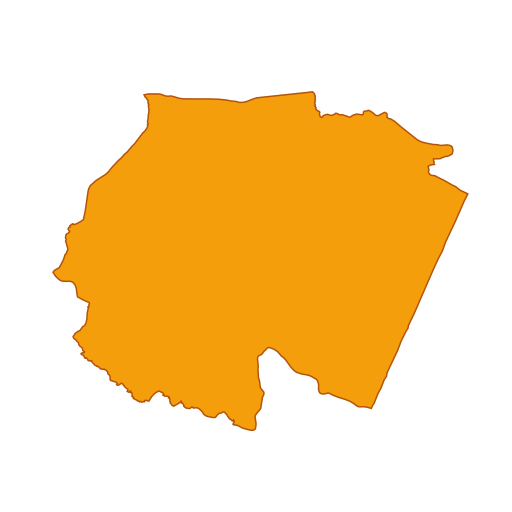 outline of Koulpelogo, Koulpélogo, Burkina Faso, rotated 281°
{"feature_id": "67063806B92956545078683", "entity_name": "Koulpelogo", "entity_type": "district", "adm_level": 2, "iso_a3": "BFA", "parent_name": "Burkina Faso", "parent_adm1": "Koulpélogo", "projection": "natural_earth1", "projection_center": [0.149, 11.415], "detail": "fine", "context": "isolated", "style": "filled", "palette": "amber", "viewbox_px": 512, "rotation_deg": 281, "n_neighbors": 0, "source": "geoboundaries", "source_scale": "gbopen_adm2", "svg_char_len": 5997}
<svg xmlns="http://www.w3.org/2000/svg" viewBox="0 0 512 512"><g transform="rotate(281 256 256)"><path d="M181.8,88.7L179.8,95.1L178.5,100.8L177.9,101.5L175.9,101.3L174.0,101.5L174.0,100.8L172.5,101.3L168.2,101.2L162.0,102.0L157.6,101.9L154.7,100.8L153.4,99.3L149.1,97.3L147.8,95.2L146.8,94.7L146.2,93.8L145.2,93.1L143.1,92.4L142.2,91.8L141.1,92.3L140.0,93.3L139.4,95.2L139.0,95.4L138.1,96.5L137.1,98.1L135.2,99.0L134.1,100.0L132.6,103.0L130.1,104.1L129.8,104.6L129.6,105.5L129.2,106.1L128.6,105.9L127.9,104.7L127.8,104.0L126.9,102.9L126.4,103.0L125.7,104.4L125.8,105.2L125.5,105.6L123.2,107.5L123.0,107.9L123.7,108.5L122.9,109.9L122.3,110.6L121.5,111.0L121.3,111.4L121.4,111.9L121.3,113.2L121.8,114.0L121.8,114.6L121.2,114.5L117.9,118.9L117.8,120.5L117.4,120.8L117.6,121.8L117.1,122.2L117.1,122.8L116.4,123.5L116.3,124.0L115.7,124.6L115.4,125.4L115.7,125.9L115.5,127.3L116.0,128.5L115.6,128.9L115.6,130.2L113.7,132.6L112.1,133.1L110.8,135.1L110.1,135.6L108.6,136.1L107.5,136.1L106.1,137.0L105.6,142.0L104.5,144.3L103.2,143.7L102.8,144.4L102.9,145.7L104.7,147.5L105.5,148.0L104.8,150.0L103.7,150.6L103.3,151.7L102.7,151.9L101.4,154.0L100.7,155.7L99.5,155.8L98.7,155.3L98.5,155.7L98.1,156.6L98.2,158.3L99.4,158.2L99.5,158.7L97.8,159.6L97.8,160.3L96.4,160.9L94.7,160.9L94.2,162.2L93.8,162.8L93.1,162.5L92.5,163.6L91.7,166.5L91.1,167.3L91.2,168.3L90.6,169.6L91.2,169.9L90.7,171.9L91.1,172.4L91.7,174.4L92.7,174.0L93.0,174.4L93.1,175.5L93.5,175.9L93.1,177.4L93.1,178.5L98.2,180.5L101.2,182.4L103.3,184.3L105.0,186.8L104.1,189.5L104.2,190.4L102.9,191.7L102.5,191.8L102.3,191.3L101.8,191.1L101.0,192.9L101.3,194.7L101.3,197.4L100.7,197.8L99.9,197.4L99.5,198.5L95.5,199.7L95.1,200.4L93.6,201.8L92.8,203.7L96.1,207.7L97.3,208.5L97.4,209.1L97.8,209.5L99.2,210.1L98.6,210.7L97.6,210.7L97.2,212.3L95.7,213.7L94.8,213.7L94.0,215.0L93.4,216.4L93.5,219.4L93.9,220.4L95.6,221.8L95.5,222.7L95.0,223.1L94.8,223.8L95.6,226.1L95.7,227.2L95.3,229.1L93.7,231.8L92.4,233.4L90.8,234.7L89.7,237.0L89.3,238.4L89.2,244.4L89.6,246.4L90.1,247.1L90.5,247.2L91.3,247.8L92.8,248.5L94.0,249.5L94.6,250.2L95.5,252.3L96.7,253.5L96.8,254.5L96.4,255.5L95.6,256.1L95.0,257.4L93.1,258.8L92.9,259.4L92.2,260.2L91.2,260.7L91.0,261.1L90.9,262.2L89.6,264.1L89.6,264.6L90.8,265.3L90.4,265.7L89.5,266.2L88.1,266.0L87.3,265.6L86.3,265.6L86.0,265.9L86.2,268.4L86.1,270.5L84.5,275.8L84.1,280.7L84.0,283.2L84.2,285.8L84.8,287.2L86.2,288.4L90.5,288.2L92.3,287.8L97.7,285.8L99.4,285.8L101.0,286.4L106.4,289.4L107.4,289.7L118.1,289.3L121.9,290.1L123.2,289.9L124.3,289.3L126.7,286.2L127.4,285.6L129.5,284.7L133.4,283.5L137.2,281.6L145.4,279.5L148.2,279.2L151.8,278.2L154.5,277.3L156.8,276.9L158.3,277.4L160.4,280.2L161.7,281.0L164.6,282.4L165.9,283.6L167.9,284.6L168.7,286.5L168.1,290.7L167.5,292.6L166.0,295.8L162.6,300.0L161.9,301.7L159.9,304.7L153.7,311.3L151.8,313.8L150.6,315.7L149.6,317.9L148.9,323.3L149.0,330.6L148.1,334.1L146.6,338.5L145.4,340.1L142.0,341.9L137.2,342.8L135.1,343.7L134.0,344.5L133.4,345.8L133.2,347.1L133.4,348.2L133.8,349.8L135.1,352.7L135.3,353.7L135.1,354.7L134.1,357.9L133.0,363.9L132.3,370.5L131.4,375.6L130.3,378.9L128.1,383.7L127.8,384.7L127.6,385.8L128.7,391.3L128.8,393.4L128.4,398.3L131.1,398.9L134.2,400.1L143.9,401.9L150.3,403.9L159.2,405.5L162.6,407.0L166.7,407.0L190.0,413.0L200.1,414.7L210.3,417.5L214.3,419.0L217.0,418.9L230.8,422.5L276.5,432.6L287.6,435.3L297.0,438.1L305.8,439.4L328.6,445.2L349.7,449.9L357.4,452.1L359.5,443.9L362.3,438.5L363.0,435.3L366.3,425.6L367.5,420.9L368.9,416.4L368.7,412.8L369.0,411.6L370.9,409.3L373.8,409.3L376.8,407.7L378.8,410.4L379.9,413.6L380.4,412.9L382.2,413.0L382.9,412.3L385.2,411.7L386.6,418.1L387.9,419.8L389.7,422.7L390.5,425.1L392.5,428.0L393.7,429.0L395.1,429.2L396.9,429.2L398.5,428.7L400.4,427.8L401.3,426.6L401.6,424.5L401.5,422.3L400.0,417.3L399.8,415.5L399.8,412.3L399.3,408.9L399.3,400.5L399.5,397.7L400.1,394.4L401.1,391.6L410.3,374.0L414.6,366.4L416.3,362.0L416.1,361.2L416.2,360.2L417.0,358.2L420.2,357.6L420.8,357.2L421.5,355.7L421.4,354.6L417.9,350.2L417.3,349.2L416.9,348.3L416.9,347.0L417.2,346.0L418.1,344.9L418.4,344.0L419.0,343.2L419.2,342.3L419.8,341.5L419.9,340.3L420.3,339.8L420.4,339.1L420.4,338.2L419.3,336.8L419.0,335.2L418.7,334.5L417.7,334.0L415.8,334.3L414.9,333.8L414.5,327.4L414.1,327.0L413.1,324.8L412.4,324.1L411.5,323.0L411.0,322.8L410.2,321.4L410.1,320.3L410.6,318.8L410.8,316.5L411.1,314.5L410.6,310.4L411.3,309.1L411.4,307.1L410.6,306.6L408.6,303.8L408.3,302.6L408.7,299.2L407.8,297.1L406.5,295.1L405.3,295.0L404.6,293.8L405.4,292.2L406.9,291.4L408.5,291.0L409.1,291.3L409.7,290.9L410.1,290.3L410.2,289.1L410.6,288.3L412.1,286.3L413.1,286.6L414.4,285.2L415.3,285.5L417.0,284.5L418.0,284.5L418.8,284.8L419.6,284.3L420.9,284.2L421.4,284.4L422.0,284.0L422.8,283.8L424.2,283.7L426.7,282.1L428.0,280.0L426.8,276.7L411.5,226.8L410.4,224.6L406.1,217.7L404.6,214.6L403.8,211.6L403.6,210.1L403.9,207.1L403.4,201.4L403.5,197.7L402.8,189.8L401.2,179.8L399.4,170.8L396.3,154.2L396.2,150.8L396.9,142.3L396.1,139.3L395.8,136.9L396.6,131.7L396.5,129.5L394.5,119.4L392.9,115.4L390.8,116.9L390.5,117.8L389.8,118.7L389.4,118.8L388.0,120.4L385.5,120.8L384.4,121.9L383.6,121.5L378.5,123.2L372.3,123.5L372.0,123.8L367.0,123.9L365.1,124.9L364.7,124.7L364.5,124.3L362.9,124.9L360.9,124.6L357.5,123.1L355.2,121.4L343.2,115.5L338.6,112.5L333.6,109.8L330.3,107.2L326.9,105.3L323.5,102.7L319.4,100.1L315.0,97.4L310.3,95.0L307.4,92.8L299.7,84.7L293.5,79.9L290.2,79.0L287.8,78.8L267.6,79.8L258.8,79.6L258.3,79.3L257.4,78.2L256.6,77.6L253.3,73.5L252.0,71.2L252.7,70.4L252.5,69.9L251.9,69.3L251.8,68.7L250.8,68.2L250.1,67.5L249.1,68.1L248.2,66.7L246.7,66.4L245.9,66.8L244.4,68.5L242.5,67.3L242.0,66.4L241.0,65.6L240.4,65.4L237.5,65.5L235.9,66.6L234.2,66.2L232.7,67.2L226.9,70.0L225.8,70.0L224.7,69.6L221.9,69.2L221.2,68.4L215.2,67.6L207.1,65.1L203.8,61.3L202.4,60.3L201.3,59.9L198.1,62.9L195.5,66.8L194.7,68.7L194.4,70.4L194.8,73.9L195.8,79.1L195.0,81.7L192.9,84.0L190.1,85.7L183.3,88.0L181.8,88.7Z" fill="#f59e0b" stroke="#b45309" stroke-width="1.5"/></g></svg>